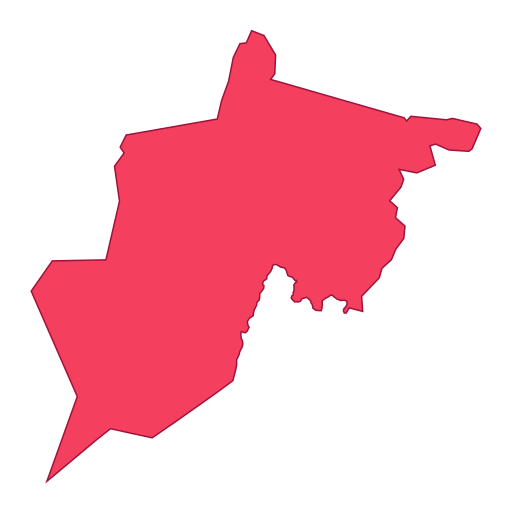 the district of Randolph, West Virginia, United States of America
{"feature_id": "52423323B54631605576846", "entity_name": "Randolph", "entity_type": "district", "adm_level": 2, "iso_a3": "USA", "parent_name": "United States of America", "parent_adm1": "West Virginia", "projection": "orthographic", "projection_center": [-79.767, 38.752], "detail": "fine", "context": "isolated", "style": "filled", "palette": "rose", "viewbox_px": 512, "rotation_deg": 0, "n_neighbors": 0, "source": "geoboundaries", "source_scale": "gbopen_adm2", "svg_char_len": 2091}
<svg xmlns="http://www.w3.org/2000/svg" viewBox="0 0 512 512"><path d="M46.9,481.3L51.5,477.5L68.1,463.6L80.2,453.5L95.9,440.3L110.5,428.7L131.3,433.3L152.2,437.8L176.5,421.0L201.3,403.5L217.1,392.3L232.9,380.6L233.8,377.1L234.8,373.3L235.8,369.4L236.7,364.8L236.6,359.9L239.0,354.8L239.9,351.3L242.1,347.0L242.9,344.0L242.4,340.7L241.2,338.2L240.9,335.1L241.0,332.3L241.4,331.7L242.7,332.0L243.6,332.5L245.1,332.8L246.9,331.5L249.1,327.4L247.9,325.1L247.3,321.5L249.4,318.3L253.2,315.7L253.6,312.1L254.3,309.8L254.9,308.7L255.8,306.7L256.7,305.2L256.6,303.6L257.0,302.4L259.2,300.0L259.7,297.1L259.8,293.5L262.5,290.2L263.8,288.1L263.9,285.4L263.0,284.9L262.6,283.0L263.7,281.0L266.8,278.7L266.9,276.0L268.9,273.5L270.6,271.5L272.1,268.4L272.4,266.1L273.8,264.6L276.4,264.6L278.4,265.7L280.6,267.1L283.8,267.7L285.8,269.4L286.8,272.1L287.7,275.3L289.5,276.4L292.4,277.2L294.5,279.9L295.7,280.9L296.4,280.5L296.6,282.1L295.3,282.7L293.9,284.8L294.0,287.1L294.0,290.6L293.1,292.5L293.3,293.3L293.0,295.2L292.0,295.6L291.2,297.9L292.4,299.7L294.5,301.8L298.1,301.9L300.2,301.4L302.2,298.6L306.8,297.4L310.3,300.4L311.0,302.8L312.3,304.7L313.0,308.3L315.8,310.3L318.8,310.6L321.2,310.7L321.9,308.4L322.4,304.6L322.2,300.7L325.6,298.2L329.2,296.4L330.4,294.9L332.9,295.7L333.8,296.7L337.1,299.1L340.6,300.5L344.5,300.1L346.7,301.2L347.1,304.1L346.1,306.3L343.7,309.1L343.4,311.0L344.3,313.0L346.3,313.0L347.5,310.8L349.3,307.9L362.7,311.4L361.6,296.3L379.3,277.8L381.9,268.4L391.5,259.6L395.7,249.3L403.8,238.4L405.0,226.1L395.5,217.7L397.4,207.7L389.7,200.8L400.9,187.2L403.7,179.4L399.1,169.4L416.8,172.9L435.3,165.2L429.9,145.8L435.7,144.1L449.1,150.0L468.8,151.3L472.1,148.8L480.8,128.5L477.0,124.1L452.4,118.4L446.5,119.8L410.9,116.3L406.6,121.0L404.1,117.8L339.7,99.3L270.6,79.4L274.8,73.7L275.6,55.0L264.0,35.6L251.6,30.7L246.3,42.9L240.0,43.6L233.3,57.4L228.6,81.2L221.6,100.5L217.3,119.0L126.2,135.0L120.2,147.1L124.1,153.0L114.5,166.2L119.5,201.2L105.9,259.9L97.8,260.0L52.3,260.9L31.2,291.1L65.1,368.7L77.3,396.5L46.9,481.3Z" fill="#f43f5e" stroke="#9f1239" stroke-width="1.5"/></svg>